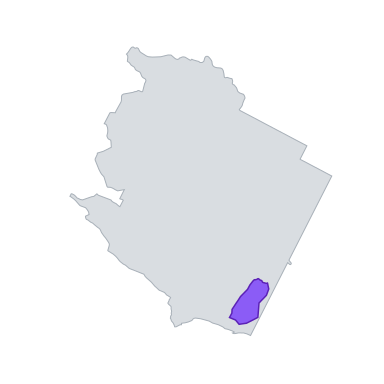 Jubayt Elma'aadin, Red Sea, Sudan (highlighted), rotated 117°
{"feature_id": "16777658B74984958768129", "entity_name": "Jubayt Elma'aadin", "entity_type": "district", "adm_level": 2, "iso_a3": "SDN", "parent_name": "Sudan", "parent_adm1": "Red Sea", "projection": "natural_earth1", "projection_center": [33.973, 21.162], "detail": "fine", "context": "in_parent", "style": "filled", "palette": "violet", "viewbox_px": 384, "rotation_deg": 117, "n_neighbors": 0, "source": "geoboundaries", "source_scale": "gbopen_adm2", "svg_char_len": 4698}
<svg xmlns="http://www.w3.org/2000/svg" viewBox="0 0 384 384"><g transform="rotate(117 192 192)"><path d="M251.3,298.8L248.4,298.8L248.1,298.0L248.1,295.8L248.5,294.2L249.5,291.6L249.3,290.2L249.4,288.2L248.7,285.9L241.8,279.3L240.5,277.5L236.8,275.9L237.4,274.0L235.9,260.5L236.7,259.0L236.9,256.6L236.8,254.5L237.7,251.1L237.8,249.6L230.5,249.5L230.4,251.0L230.8,252.7L230.8,253.3L220.6,253.4L224.7,258.7L224.8,261.0L224.6,263.9L224.7,265.7L224.9,266.9L226.0,269.3L225.9,269.7L225.6,270.3L218.4,277.4L217.2,280.6L216.2,282.3L214.1,285.2L207.5,292.8L206.5,293.3L201.4,293.5L200.9,293.7L200.5,294.0L200.3,294.0L196.0,289.5L188.8,284.2L184.0,287.0L182.7,288.0L182.7,290.6L182.0,291.9L180.7,293.3L177.1,294.2L175.3,295.0L173.1,296.4L170.9,298.8L170.8,300.1L171.0,301.2L158.8,301.1L158.0,300.3L156.2,296.3L155.0,296.5L143.9,296.1L142.3,296.5L139.1,298.1L137.5,298.4L135.9,297.6L130.0,289.8L128.8,288.8L127.5,287.0L126.2,286.2L125.8,285.6L125.7,284.7L125.7,283.0L125.3,281.9L124.4,281.7L116.5,283.5L115.4,283.3L113.8,283.6L113.2,283.9L112.5,285.0L112.4,287.1L112.2,288.2L111.6,289.4L109.3,292.0L108.8,293.2L108.9,296.1L108.7,297.6L108.4,298.3L107.4,299.4L107.0,300.1L106.6,303.8L105.4,306.1L105.1,306.9L105.0,308.5L104.8,309.0L101.2,310.3L99.9,311.1L99.1,312.4L98.9,313.0L97.4,312.5L95.4,312.2L91.7,311.8L90.2,311.2L89.5,310.3L89.8,308.0L89.4,307.5L88.8,307.1L88.4,306.1L88.5,305.0L90.5,302.3L90.9,300.9L91.5,294.3L91.3,292.3L89.8,288.6L86.3,282.3L85.5,281.0L81.0,275.8L80.5,275.0L79.5,272.8L80.7,267.9L80.8,266.6L80.5,265.2L79.4,264.1L78.4,264.0L77.1,262.7L76.2,262.1L75.5,261.0L75.0,259.4L75.4,253.7L75.2,252.9L74.0,252.7L73.8,252.3L73.8,251.2L73.2,247.9L72.6,245.2L73.0,243.7L72.0,241.7L70.2,240.8L66.7,241.5L65.6,241.4L64.8,241.0L64.3,240.3L64.0,239.4L64.3,238.0L65.3,235.6L66.6,233.6L69.2,231.8L69.9,230.8L70.3,229.7L70.4,228.5L70.2,227.2L69.9,226.0L69.2,224.4L68.5,222.6L68.5,221.3L68.9,220.4L69.6,219.4L72.1,217.3L74.8,215.5L75.2,214.9L75.1,214.1L73.9,212.7L73.5,209.9L72.9,207.9L74.2,206.5L75.2,205.9L76.8,205.5L77.4,204.9L77.6,203.7L77.5,202.6L78.1,201.7L78.8,199.9L79.4,199.1L81.5,197.0L81.9,195.7L82.1,194.3L81.6,190.4L82.7,188.7L84.2,187.4L86.3,187.4L89.6,187.1L91.8,186.6L93.4,186.6L97.0,187.3L97.4,187.0L97.6,186.0L98.7,110.6L113.6,110.6L113.8,110.4L114.3,74.7L208.1,74.7L208.8,74.6L210.3,71.3L211.0,71.0L211.9,71.2L212.2,72.0L211.5,74.7L293.3,74.7L293.5,78.8L294.2,82.1L296.5,86.7L298.5,89.2L299.2,90.6L299.3,91.3L299.2,91.9L298.6,91.2L297.6,90.7L297.5,92.9L298.0,97.4L298.8,100.5L298.2,103.4L298.3,108.3L299.4,114.2L299.2,118.0L301.0,126.7L302.7,131.6L303.6,132.8L304.6,133.4L306.6,133.8L309.5,136.3L311.8,138.9L312.7,140.3L313.8,141.8L314.5,141.5L315.0,141.1L315.8,142.4L319.4,145.0L320.0,146.2L318.7,147.4L317.2,149.4L316.4,151.3L316.1,151.9L314.8,153.1L314.6,153.7L314.1,154.1L313.5,154.1L312.3,154.7L311.2,154.5L310.0,154.9L309.6,155.4L308.7,155.7L307.5,156.0L305.6,157.6L303.9,158.4L303.4,159.0L302.5,162.2L301.9,163.1L299.4,163.1L298.2,163.4L296.6,163.1L295.8,163.1L295.6,163.8L295.3,166.5L295.3,167.7L294.0,170.9L294.4,176.7L293.1,181.1L292.9,182.1L291.5,185.6L290.9,186.9L289.2,193.4L288.5,195.4L287.1,197.5L288.6,213.2L287.4,218.0L287.4,220.6L286.6,224.4L285.9,226.2L284.8,228.4L283.9,230.8L283.1,234.0L282.6,240.0L282.3,240.5L277.9,241.3L276.5,241.7L275.6,242.3L274.5,243.9L272.2,248.1L271.1,250.7L269.2,254.2L267.1,256.8L266.6,258.0L266.3,260.2L265.5,263.8L264.8,266.4L264.9,268.4L264.2,272.0L264.3,273.7L263.6,274.7L262.6,275.6L261.9,275.9L258.8,273.5L256.7,275.1L255.3,277.4L254.3,279.7L254.9,284.7L254.9,285.8L254.5,286.9L252.5,291.8L251.9,294.0L251.3,297.8L251.3,298.8Z" fill="#d9dde1" stroke="#a8b0b8" stroke-width="1"/><path d="M243.3,97.2L244.8,97.5L248.5,98.2L253.5,98.3L263.1,101.3L268.2,101.8L270.3,102.1L278.4,103.0L281.8,101.5L286.7,101.6L286.8,101.6L286.8,101.1L286.3,95.1L288.5,90.0L284.2,83.9L277.9,79.3L273.8,76.4L265.5,79.8L264.8,80.1L260.5,81.9L260.4,81.9L258.9,81.4L258.1,81.2L255.5,80.4L255.3,80.3L253.6,79.8L252.6,79.5L252.0,79.3L250.6,78.9L250.2,78.8L246.0,79.3L243.5,79.6L243.3,79.8L240.6,82.0L239.4,82.9L239.1,83.2L238.9,83.4L239.1,83.6L239.3,83.9L239.6,84.2L239.7,84.4L239.8,84.6L239.8,84.9L239.9,85.3L240.0,85.9L240.0,86.0L240.2,86.6L240.2,86.8L240.3,87.3L240.4,87.7L240.4,88.1L240.2,88.4L240.0,88.7L239.8,89.0L239.5,89.3L239.4,89.5L239.3,89.9L239.3,90.0L239.4,90.4L239.5,90.8L239.5,91.0L239.5,91.3L239.5,91.6L239.4,91.7L239.3,92.4L239.2,92.7L239.2,92.8L239.1,93.1L239.1,93.5L239.3,93.9L239.7,94.2L240.0,94.3L240.3,94.5L240.5,94.7L240.8,95.0L241.1,95.3L241.3,95.5L241.4,95.8L241.5,95.9L241.6,96.2L241.8,96.5L242.0,96.7L242.2,96.8L242.4,96.9L242.7,96.9L242.9,97.0L243.1,97.0L243.3,97.2Z" fill="#8b5cf6" stroke="#5b21b6" stroke-width="1.5"/></g></svg>